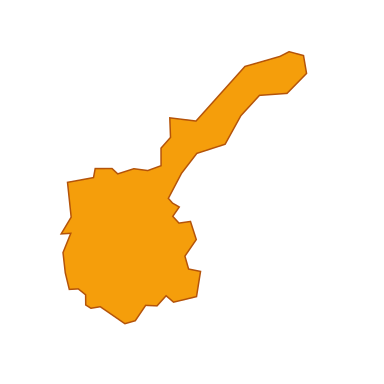 the district of Sarandë, Vlorë, Albania, rotated 74°
{"feature_id": "67620474B70468291702657", "entity_name": "Sarandë", "entity_type": "district", "adm_level": 2, "iso_a3": "ALB", "parent_name": "Albania", "parent_adm1": "Vlorë", "projection": "equal_earth", "projection_center": [20.101, 39.891], "detail": "fine", "context": "isolated", "style": "filled", "palette": "amber", "viewbox_px": 384, "rotation_deg": 74, "n_neighbors": 0, "source": "geoboundaries", "source_scale": "gbopen_adm2", "svg_char_len": 785}
<svg xmlns="http://www.w3.org/2000/svg" viewBox="0 0 384 384"><g transform="rotate(74 192 192)"><path d="M270.7,205.7L265.1,216.5L251.7,216.5L238.9,201.0L219.9,201.6L218.3,213.1L210.1,217.2L202.9,208.4L197.3,213.8L191.6,216.5L171.1,196.9L156.2,176.7L155.2,147.0L132.1,124.0L117.7,100.5L123.4,73.5L109.6,49.2L91.6,47.2L83.9,60.0L85.9,70.1L85.9,106.5L124.9,168.6L114.6,192.9L133.6,197.6L141.3,209.7L158.2,214.5L159.2,228.6L153.6,241.5L154.1,258.4L147.4,262.4L142.8,278.6L151.0,282.7L148.4,309.0L182.9,315.1L196.2,329.3L198.3,319.9L214.7,332.7L234.8,336.1L251.8,336.8L253.8,328.0L261.5,322.6L271.3,325.3L275.9,321.2L277.0,311.8L300.1,292.8L300.1,282.0L288.2,267.8L291.8,257.0L284.6,245.5L292.8,240.1L293.8,216.5L270.7,205.7Z" fill="#f59e0b" stroke="#b45309" stroke-width="1.5"/></g></svg>